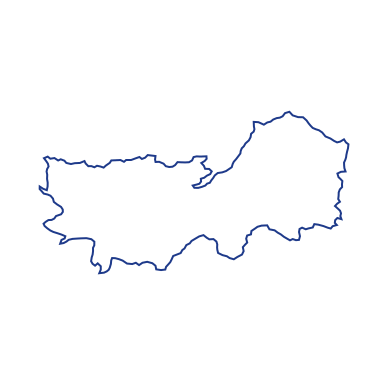 the district of Rio Casca, Minas Gerais, Brazil, rotated 282°
{"feature_id": "56859067B885632128297", "entity_name": "Rio Casca", "entity_type": "district", "adm_level": 2, "iso_a3": "BRA", "parent_name": "Brazil", "parent_adm1": "Minas Gerais", "projection": "equal_earth", "projection_center": [-42.663, -20.132], "detail": "fine", "context": "isolated", "style": "outline", "palette": "blue", "viewbox_px": 384, "rotation_deg": 282, "n_neighbors": 0, "source": "geoboundaries", "source_scale": "gbopen_adm2", "svg_char_len": 3719}
<svg xmlns="http://www.w3.org/2000/svg" viewBox="0 0 384 384"><g transform="rotate(282 192 192)"><path d="M275.1,329.7L272.1,326.5L270.7,323.6L271.5,320.4L273.1,316.3L274.1,311.0L277.3,307.0L278.8,303.3L279.1,300.1L279.8,296.7L281.5,294.2L283.3,291.9L285.8,289.2L288.2,285.1L287.3,280.2L287.9,274.5L290.7,270.6L288.5,266.6L284.9,264.9L283.0,262.5L281.9,259.5L279.8,256.4L277.1,254.2L275.7,251.2L272.8,248.3L274.1,242.5L273.4,237.8L269.1,238.9L266.4,240.0L263.9,239.8L261.2,237.7L257.8,237.9L254.3,236.9L250.6,234.2L247.5,233.2L245.1,231.6L242.2,231.1L239.7,231.3L236.7,229.9L233.5,228.4L230.3,226.6L228.0,226.0L224.5,225.7L222.4,223.7L219.6,221.0L217.5,217.5L215.9,213.2L212.9,210.8L210.1,209.8L207.5,208.5L204.7,207.5L203.3,205.0L201.1,203.7L199.2,200.8L197.3,197.2L196.6,193.4L198.5,191.4L200.2,194.9L201.6,197.5L204.1,198.7L206.8,197.9L208.5,201.0L211.1,203.2L213.3,206.1L216.3,207.0L218.1,204.0L217.4,200.0L220.1,198.2L222.3,195.1L224.9,197.9L227.5,199.4L229.9,198.7L228.4,192.8L227.8,189.1L226.5,186.3L222.9,185.5L220.5,182.9L219.6,179.5L219.0,176.4L218.2,171.6L214.8,169.9L212.7,167.7L211.7,164.5L211.8,161.0L213.8,158.3L214.7,153.6L213.8,150.1L216.1,149.1L219.6,148.8L218.9,141.0L215.8,139.0L213.9,136.1L215.3,133.3L213.3,130.0L210.7,125.9L209.6,120.9L207.4,119.2L208.4,115.4L207.1,110.4L206.1,106.5L203.4,105.5L199.9,102.2L197.5,100.5L197.9,97.2L197.9,93.6L195.9,91.4L196.4,88.2L195.7,85.2L197.8,82.0L199.9,80.4L197.1,76.3L195.8,71.3L194.2,67.8L194.3,63.0L196.1,60.7L196.7,56.8L195.0,54.5L196.6,50.4L195.1,46.5L196.6,43.5L194.3,40.2L191.5,43.4L189.7,45.2L187.1,46.4L184.3,45.5L181.8,45.5L178.8,46.8L174.7,47.5L171.1,48.9L167.4,49.6L163.6,49.6L164.2,45.7L165.7,41.9L163.2,42.4L161.6,44.7L159.6,47.3L159.5,51.5L158.9,54.4L156.6,57.4L153.6,58.9L151.8,62.6L150.2,67.0L148.0,69.2L145.7,69.8L143.0,68.6L140.2,64.0L137.4,62.8L135.5,60.5L134.7,57.4L132.3,55.0L130.1,53.4L128.1,54.9L126.4,58.0L124.9,61.4L124.1,64.7L123.7,69.0L123.2,73.3L122.4,77.3L120.1,77.1L118.0,74.3L114.0,73.8L115.4,77.1L117.4,79.5L119.6,81.3L121.3,84.9L122.5,89.1L123.6,93.1L124.9,98.4L124.9,103.4L123.1,106.8L119.5,107.5L116.8,106.8L113.6,107.5L110.2,107.8L107.2,107.5L103.3,107.7L101.1,109.7L99.8,112.5L102.6,114.6L100.4,118.2L97.1,118.9L93.3,118.2L94.8,122.7L96.6,125.1L98.6,126.7L100.9,127.3L104.8,127.6L108.3,127.2L110.8,127.6L111.3,130.7L111.1,134.6L110.5,138.4L108.5,143.3L109.1,148.5L111.1,151.8L109.5,155.4L112.5,158.3L114.4,162.7L114.1,168.0L112.3,171.6L108.9,173.1L109.2,178.0L110.6,182.0L113.4,182.2L116.5,184.0L118.8,185.3L121.8,186.1L125.5,186.9L127.6,190.1L129.9,193.6L133.2,194.6L135.2,196.4L138.9,197.5L141.3,200.5L144.0,201.7L146.9,204.8L150.1,208.3L152.2,212.2L150.3,216.0L149.3,218.8L150.4,222.8L148.6,226.2L146.0,227.6L142.9,228.1L140.7,228.8L137.8,230.2L136.6,235.0L136.4,239.5L135.2,242.5L134.9,246.9L137.9,249.9L141.2,253.9L144.9,254.8L148.6,253.2L151.4,254.8L154.0,256.5L157.6,254.7L160.9,255.0L162.8,258.5L166.2,258.2L169.4,261.3L171.6,263.3L173.6,267.1L175.0,272.5L171.6,275.5L171.7,280.8L170.1,284.2L169.0,287.7L167.3,291.2L166.2,294.5L165.1,297.9L166.9,300.3L166.5,303.7L167.4,306.6L171.2,306.8L175.1,305.0L178.2,304.9L180.0,307.1L179.2,311.0L180.6,313.5L182.4,317.5L186.0,318.3L186.3,322.3L186.0,327.7L185.3,332.2L185.1,335.3L187.8,336.7L189.8,340.5L191.5,338.1L194.2,337.9L196.8,339.6L196.5,343.8L199.3,342.1L202.1,342.2L204.5,340.7L205.9,338.4L208.0,334.8L210.7,336.4L213.2,338.7L215.5,336.5L218.7,336.2L222.1,335.6L225.3,336.1L228.0,337.8L230.8,337.1L234.0,336.8L235.6,334.5L237.0,332.2L240.3,330.4L242.7,333.5L244.0,337.9L247.0,336.1L249.6,335.3L252.4,334.6L255.6,335.3L258.0,335.5L260.3,335.3L263.8,335.3L267.1,335.5L271.2,335.1L272.5,332.3L275.1,329.7Z" fill="none" stroke="#1e3a8a" stroke-width="2"/></g></svg>